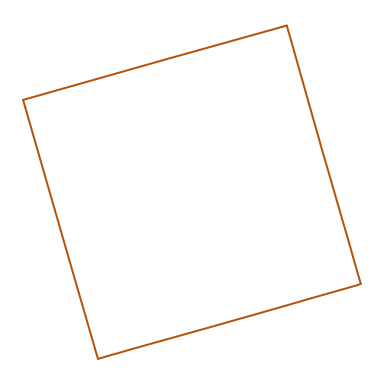 Cherokee, Kansas, United States of America (Equal Earth projection), rotated 344°
{"feature_id": "52423323B71068328683000", "entity_name": "Cherokee", "entity_type": "district", "adm_level": 2, "iso_a3": "USA", "parent_name": "United States of America", "parent_adm1": "Kansas", "projection": "equal_earth", "projection_center": [-94.732, 37.169], "detail": "fine", "context": "isolated", "style": "outline", "palette": "amber", "viewbox_px": 384, "rotation_deg": 344, "n_neighbors": 0, "source": "geoboundaries", "source_scale": "gbopen_adm2", "svg_char_len": 775}
<svg xmlns="http://www.w3.org/2000/svg" viewBox="0 0 384 384"><g transform="rotate(344 192 192)"><path d="M329.0,58.1L207.3,57.3L55.0,56.9L55.3,230.6L55.5,288.0L55.6,326.5L70.0,326.4L77.0,326.5L81.5,326.5L92.8,326.4L95.1,326.5L102.5,326.5L187.8,327.0L189.8,327.0L195.2,327.0L200.9,327.0L233.4,327.1L256.1,327.1L257.4,327.1L272.1,327.0L278.6,327.0L279.9,327.0L324.6,327.1L329.0,326.9L328.9,318.9L328.9,293.9L329.0,281.0L328.9,266.6L328.8,258.0L328.9,257.6L328.8,252.0L328.8,251.8L328.9,249.4L328.8,243.7L328.8,236.4L328.8,223.2L328.8,221.2L328.7,199.1L328.6,187.6L328.6,182.5L328.7,176.5L328.7,171.8L328.7,161.8L328.7,161.5L328.7,151.8L328.8,145.3L328.8,144.4L328.7,137.8L328.8,135.6L329.0,69.8L329.0,59.3L329.0,58.1Z" fill="none" stroke="#b45309" stroke-width="2"/></g></svg>